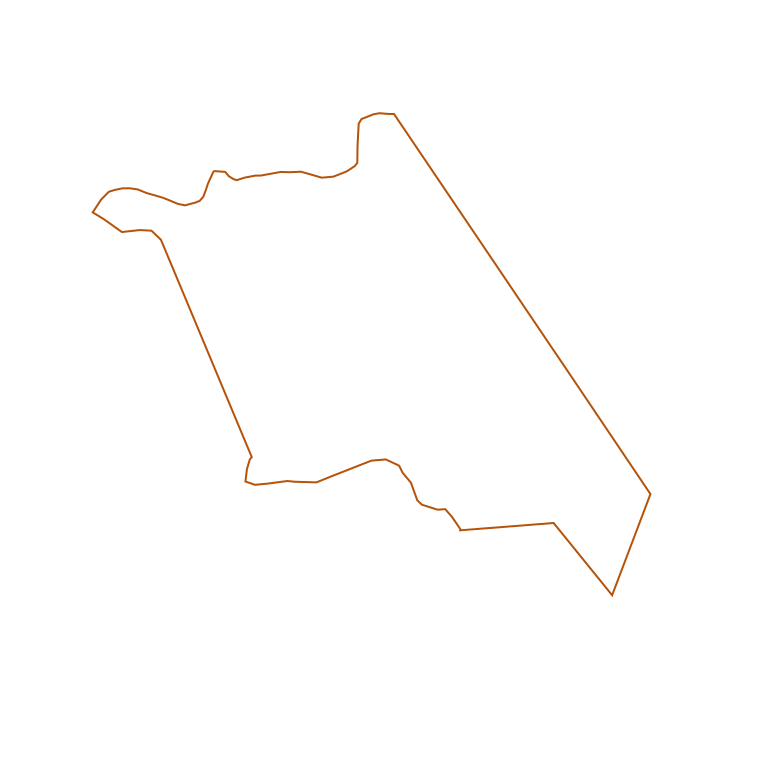 the district of Morne Tabac, Soufrière, Saint Lucia, rotated 248°
{"feature_id": "8701671B46937841277831", "entity_name": "Morne Tabac", "entity_type": "district", "adm_level": 2, "iso_a3": "LCA", "parent_name": "Saint Lucia", "parent_adm1": "Soufrière", "projection": "equal_earth", "projection_center": [-61.03, 13.874], "detail": "fine", "context": "isolated", "style": "outline", "palette": "amber", "viewbox_px": 768, "rotation_deg": 248, "n_neighbors": 0, "source": "geoboundaries", "source_scale": "gbopen_adm2", "svg_char_len": 1378}
<svg xmlns="http://www.w3.org/2000/svg" viewBox="0 0 768 768"><g transform="rotate(248 384 384)"><path d="M652.2,178.2L641.9,185.9L623.1,197.9L620.9,205.7L618.2,215.2L616.0,220.0L613.2,225.9L601.3,231.2L527.7,232.1L365.8,234.0L364.3,231.3L357.3,225.7L356.7,225.2L353.8,223.6L345.5,219.0L340.9,224.3L338.9,226.5L337.2,232.2L335.4,238.1L330.3,257.9L326.8,264.7L326.6,265.1L318.1,284.5L318.1,300.8L317.7,341.5L317.6,343.8L314.4,354.1L313.4,357.4L309.1,361.4L302.6,367.4L299.0,367.7L294.7,368.0L292.3,368.8L282.4,372.0L271.7,371.6L263.7,371.3L257.8,374.0L248.7,385.0L247.4,386.6L245.0,393.9L241.5,395.1L235.6,397.2L220.4,400.5L220.1,400.2L219.8,399.9L204.1,449.5L191.6,489.2L102.7,516.4L181.8,589.5L182.2,589.8L330.6,558.4L355.3,553.1L491.0,524.2L629.3,494.7L630.6,494.5L632.0,490.9L633.9,486.9L636.7,481.4L638.0,475.4L638.1,462.4L634.9,458.1L615.9,449.2L598.9,442.0L597.0,438.5L595.1,429.0L595.1,426.0L595.2,414.8L598.6,403.6L604.6,396.0L611.9,386.6L615.9,375.4L619.3,367.7L623.4,347.9L625.4,342.8L627.5,332.5L628.2,323.8L630.2,321.3L634.9,317.9L640.1,316.3L644.8,306.8L644.8,305.4L635.7,295.8L630.5,291.4L625.3,286.6L622.7,281.4L623.0,279.0L622.7,278.4L624.2,266.4L628.2,260.4L634.1,254.4L639.4,248.9L644.1,243.0L650.1,235.3L656.7,228.5L660.7,221.6L663.4,214.8L664.8,207.0L665.3,200.9L661.0,190.9L653.2,179.6L652.2,178.2Z" fill="none" stroke="#b45309" stroke-width="2"/></g></svg>